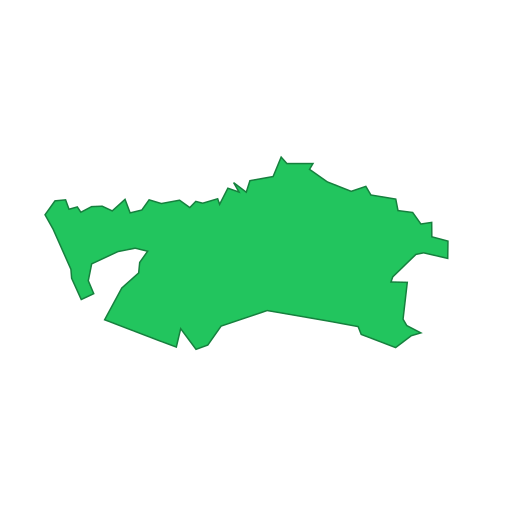 the district of Calhoun, South Carolina, United States of America, rotated 329°
{"feature_id": "52423323B26821031365156", "entity_name": "Calhoun", "entity_type": "district", "adm_level": 2, "iso_a3": "USA", "parent_name": "United States of America", "parent_adm1": "South Carolina", "projection": "mercator", "projection_center": [-80.796, 33.675], "detail": "fine", "context": "isolated", "style": "filled", "palette": "green", "viewbox_px": 512, "rotation_deg": 329, "n_neighbors": 0, "source": "geoboundaries", "source_scale": "gbopen_adm2", "svg_char_len": 1087}
<svg xmlns="http://www.w3.org/2000/svg" viewBox="0 0 512 512"><g transform="rotate(329 256 256)"><path d="M112.1,105.2L96.4,112.0L95.9,128.6L90.5,172.1L86.5,180.1L83.8,203.3L97.5,204.7L99.5,190.8L111.1,178.1L139.9,181.1L156.4,187.0L165.6,196.1L153.0,201.6L146.7,210.1L124.5,214.3L93.4,232.7L129.3,278.6L140.8,293.0L154.0,279.5L156.5,305.1L168.8,307.5L190.0,298.1L237.5,308.5L284.1,348.7L307.2,369.1L305.8,377.4L328.5,406.4L348.0,404.3L357.7,406.8L349.4,393.3L349.5,385.9L372.1,356.5L358.3,347.8L362.5,344.3L393.9,337.0L401.3,339.6L419.1,356.8L428.2,342.1L416.6,330.1L423.9,317.7L413.8,313.5L412.7,299.4L401.1,290.2L405.1,279.2L385.9,262.9L386.0,252.9L370.9,249.6L355.3,229.2L346.5,209.3L352.4,206.1L330.1,192.7L328.5,184.2L311.6,196.7L289.6,188.3L280.5,196.3L274.6,181.6L274.4,192.5L266.8,183.4L251.4,193.0L252.6,187.2L237.5,183.3L232.5,178.2L224.2,180.4L219.2,168.8L201.9,162.3L193.3,152.8L181.8,157.8L170.3,154.2L172.9,140.0L156.0,143.3L149.8,134.1L140.5,129.0L128.4,128.3L128.1,121.9L119.8,119.6L121.7,109.8L112.1,105.2Z" fill="#22c55e" stroke="#15803d" stroke-width="1.5"/></g></svg>